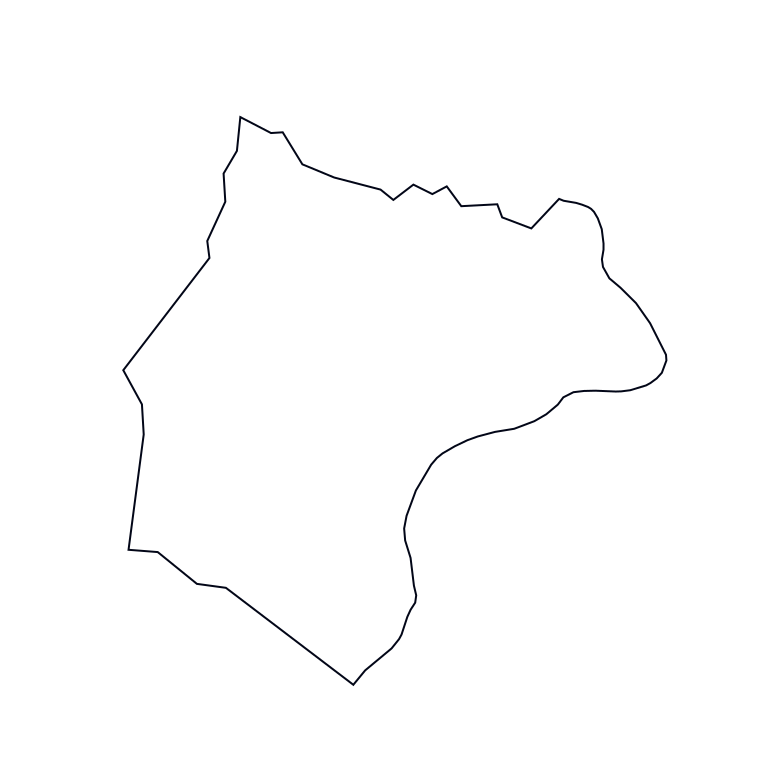 Greenup, Kentucky, United States of America, rotated 79°
{"feature_id": "52423323B79088565472709", "entity_name": "Greenup", "entity_type": "district", "adm_level": 2, "iso_a3": "USA", "parent_name": "United States of America", "parent_adm1": "Kentucky", "projection": "orthographic", "projection_center": [-82.912, 38.565], "detail": "fine", "context": "isolated", "style": "outline", "palette": "ink", "viewbox_px": 768, "rotation_deg": 79, "n_neighbors": 0, "source": "geoboundaries", "source_scale": "gbopen_adm2", "svg_char_len": 1220}
<svg xmlns="http://www.w3.org/2000/svg" viewBox="0 0 768 768"><g transform="rotate(79 384 384)"><path d="M673.4,471.5L673.3,471.4L661.5,457.1L645.0,427.0L637.3,417.9L633.3,414.6L617.0,405.5L610.6,400.9L604.6,395.1L597.6,392.7L587.6,393.1L559.8,391.1L541.6,393.1L529.7,391.8L517.7,387.0L499.4,375.9L494.6,373.0L472.2,353.1L466.7,346.2L463.3,339.8L458.6,326.3L455.1,312.9L453.4,302.0L452.2,284.2L452.8,264.7L449.2,243.6L444.7,230.5L437.4,217.3L431.3,210.5L428.2,199.6L429.0,189.0L430.9,177.8L435.6,158.0L436.5,152.5L437.1,143.5L435.4,127.0L433.9,122.3L431.9,118.1L430.6,115.3L426.0,109.1L414.8,102.3L409.1,101.6L375.1,111.2L352.7,121.2L334.6,133.5L323.3,142.6L310.9,146.7L303.2,146.3L294.1,142.9L288.0,141.7L273.6,140.7L262.2,142.5L255.1,145.0L251.9,147.1L251.6,147.3L249.2,149.9L245.8,155.3L242.9,160.8L238.4,172.7L235.7,176.8L259.4,209.7L243.0,236.2L229.2,238.5L224.2,274.2L202.0,284.7L206.8,300.3L193.9,317.1L205.1,339.7L192.5,350.3L171.8,393.5L152.8,422.2L117.6,435.4L116.1,447.0L94.6,474.1L127.1,483.9L146.8,501.3L174.8,505.0L209.9,530.2L227.0,531.3L320.7,637.3L357.8,625.5L387.7,629.5L498.0,666.4L505.8,638.2L544.5,605.8L553.9,578.1L645.7,496.2L673.4,471.5Z" fill="none" stroke="#020617" stroke-width="2"/></g></svg>